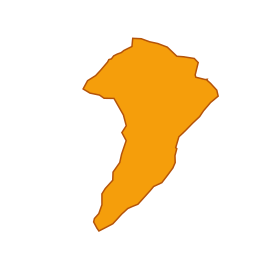 outline of Laneia, Limassol, Cyprus, rotated 42°
{"feature_id": "46923920B30538260046236", "entity_name": "Laneia", "entity_type": "district", "adm_level": 2, "iso_a3": "CYP", "parent_name": "Cyprus", "parent_adm1": "Limassol", "projection": "robinson", "projection_center": [32.922, 34.818], "detail": "fine", "context": "isolated", "style": "filled", "palette": "amber", "viewbox_px": 256, "rotation_deg": 42, "n_neighbors": 0, "source": "geoboundaries", "source_scale": "gbopen_adm2", "svg_char_len": 1040}
<svg xmlns="http://www.w3.org/2000/svg" viewBox="0 0 256 256"><g transform="rotate(42 128 128)"><path d="M154.3,38.8L153.0,40.3L144.4,44.9L142.4,43.6L136.4,32.4L130.7,32.0L121.6,37.9L116.3,42.0L103.1,41.6L93.6,45.3L86.3,49.5L78.1,52.8L71.5,58.2L76.4,64.8L74.5,69.5L73.1,73.1L72.5,76.6L70.5,80.3L69.1,84.0L69.4,87.7L68.0,90.0L68.7,92.6L69.0,103.8L68.9,110.7L66.3,119.9L68.5,129.0L69.2,128.9L76.4,127.5L84.8,122.6L90.3,121.9L97.8,115.4L108.7,119.0L115.9,121.4L125.2,127.5L126.5,135.5L135.1,138.6L140.8,151.8L145.0,159.2L146.4,170.8L151.6,177.0L151.6,188.2L152.7,194.4L160.0,202.5L163.6,211.2L163.6,217.7L165.3,220.8L171.9,223.2L172.8,223.4L175.3,224.0L178.6,215.3L180.8,209.3L180.9,203.4L180.9,196.4L181.7,188.0L183.6,183.7L186.4,178.0L186.4,169.9L186.4,159.9L186.2,154.3L189.7,146.0L189.0,136.8L188.1,127.7L186.2,122.1L181.4,117.1L178.1,110.7L176.6,110.7L171.7,100.5L172.4,91.9L172.8,81.3L173.6,71.6L172.6,64.7L172.3,53.8L173.7,44.0L168.7,40.5L159.5,39.6L154.6,39.6L154.3,38.8Z" fill="#f59e0b" stroke="#b45309" stroke-width="1.5"/></g></svg>